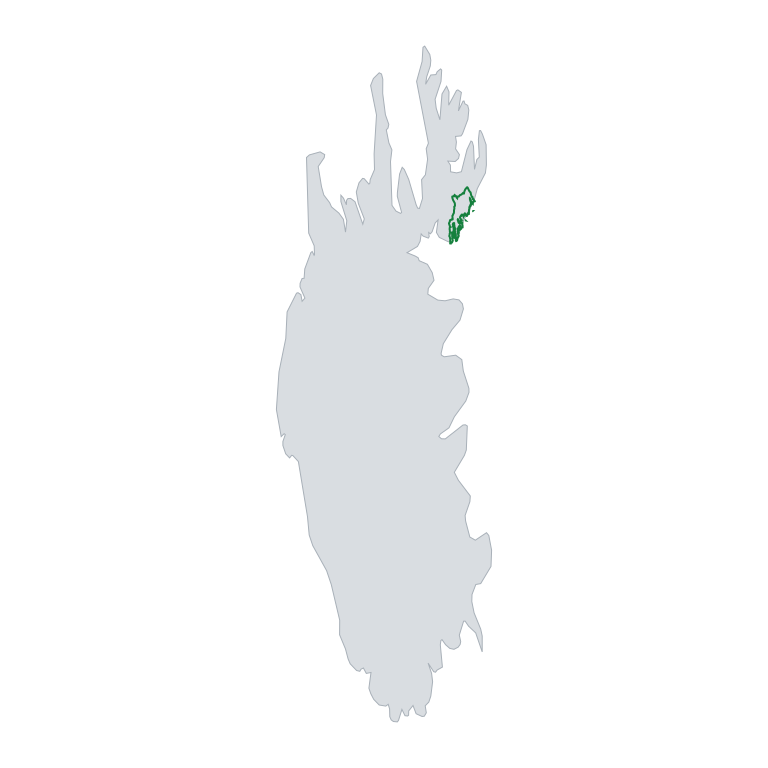 location of Árneshreppur, Vestfirðir, Iceland, rotated 90°
{"feature_id": "244011B92022671609099", "entity_name": "Árneshreppur", "entity_type": "district", "adm_level": 2, "iso_a3": "ISL", "parent_name": "Iceland", "parent_adm1": "Vestfirðir", "projection": "equal_earth", "projection_center": [-21.632, 66.077], "detail": "fine", "context": "in_parent", "style": "outline", "palette": "green", "viewbox_px": 768, "rotation_deg": 90, "n_neighbors": 0, "source": "geoboundaries", "source_scale": "gbopen_adm2", "svg_char_len": 9179}
<svg xmlns="http://www.w3.org/2000/svg" viewBox="0 0 768 768"><g transform="rotate(90 384 384)"><path d="M594.5,296.0L601.6,296.2L612.9,293.9L629.1,287.3L636.0,285.8L651.9,285.8L632.9,292.3L626.2,299.4L621.1,302.9L621.2,304.4L635.1,308.7L641.6,307.3L644.5,307.9L647.2,309.9L649.3,314.0L648.4,318.2L644.7,322.4L639.6,326.0L640.5,327.1L644.8,327.7L667.1,325.6L670.0,330.8L672.2,332.5L671.7,334.3L663.1,339.9L673.4,336.4L681.7,335.4L696.1,337.2L702.1,339.2L705.8,342.8L712.8,341.7L716.2,343.7L716.5,345.9L713.7,351.9L705.5,355.0L710.9,359.3L715.2,359.4L716.0,360.4L715.7,363.0L709.4,366.1L720.4,369.5L721.9,370.7L721.5,374.6L719.9,376.8L716.7,378.2L708.9,378.4L704.3,379.8L706.1,382.2L705.0,388.8L699.3,394.3L693.7,397.2L688.2,399.1L672.5,397.0L673.4,401.7L668.0,404.6L669.2,407.0L671.3,408.2L670.5,411.4L663.8,417.8L658.9,419.9L649.0,422.5L634.8,428.4L620.2,428.3L584.6,436.7L570.6,441.4L545.7,455.2L535.0,458.8L516.7,460.5L461.6,469.6L455.6,475.1L455.3,476.3L457.9,478.4L453.8,482.3L445.5,485.1L441.5,485.1L434.6,482.7L433.7,483.9L436.6,486.8L409.5,491.6L371.8,489.0L338.4,482.2L311.9,480.9L293.2,471.5L292.7,470.0L294.6,467.1L301.3,465.9L298.1,463.1L286.9,468.0L283.3,467.9L278.5,465.9L278.3,463.9L268.9,463.2L252.7,457.2L251.5,455.8L255.3,453.9L254.6,453.5L245.8,453.8L233.1,459.3L157.5,461.5L154.9,458.6L151.9,447.9L154.6,443.3L157.7,443.8L166.5,449.8L186.7,446.5L195.0,444.2L202.6,438.4L206.9,436.5L213.1,429.1L219.3,424.6L232.1,422.5L220.7,421.2L201.6,427.1L195.2,427.1L198.2,424.5L204.8,421.6L200.3,421.4L198.6,420.1L198.4,417.4L201.7,413.0L224.2,405.2L218.9,403.7L203.3,409.7L192.0,411.7L182.8,409.0L178.4,405.4L178.7,403.8L184.1,399.1L183.3,398.2L179.6,397.8L169.6,393.5L153.9,393.9L115.0,391.5L85.5,397.4L78.5,394.6L72.8,388.8L74.0,386.5L79.2,385.2L93.5,385.3L114.7,382.6L124.4,379.2L128.1,380.0L129.9,381.7L142.9,379.1L149.9,376.1L161.5,377.5L205.4,376.0L211.1,372.0L213.4,367.4L212.4,366.4L196.3,370.7L192.6,370.6L174.0,368.4L167.3,365.8L169.5,363.7L179.4,359.3L204.6,351.9L208.1,350.4L208.5,348.6L198.5,345.5L179.6,346.4L174.8,342.6L159.2,340.4L148.7,341.8L143.2,339.6L81.4,351.4L61.5,345.9L47.3,345.0L46.1,343.3L54.5,338.2L60.2,337.2L65.9,337.7L76.8,341.3L84.3,342.4L75.0,337.2L74.6,332.1L71.7,330.8L68.9,327.4L70.1,326.3L81.4,327.0L99.3,332.9L108.2,331.8L119.8,328.1L94.0,326.0L86.2,321.4L91.9,319.0L105.2,319.3L90.5,311.5L89.9,310.1L92.4,306.6L110.9,309.6L101.2,305.0L101.0,304.0L103.8,303.1L105.4,300.3L110.0,299.2L119.3,300.1L133.8,305.5L135.9,307.0L136.4,312.5L142.1,311.6L148.9,312.4L154.6,308.6L158.5,309.5L161.5,312.8L161.1,320.2L165.1,317.6L171.8,317.4L172.9,311.4L171.7,306.6L149.6,301.0L141.0,297.0L141.9,295.7L146.3,294.5L169.4,293.5L159.5,291.1L157.1,288.7L139.6,289.6L130.7,288.6L130.6,287.4L134.1,285.6L144.7,281.9L164.9,281.6L173.0,282.6L188.6,290.7L201.1,294.1L222.0,305.3L235.4,309.5L236.0,310.6L233.8,311.9L228.7,313.4L236.6,315.4L241.4,318.3L241.8,319.6L237.4,328.7L232.4,331.6L219.9,329.9L222.9,332.8L231.8,335.9L233.8,337.6L232.5,339.3L236.7,338.8L238.1,339.7L236.1,344.9L233.9,346.8L241.3,347.9L246.4,350.5L252.7,361.0L256.0,352.9L257.7,349.9L260.7,348.8L264.3,340.6L272.6,335.8L280.3,334.0L288.4,339.7L294.2,340.2L300.1,330.2L300.8,322.9L298.9,314.8L299.9,309.0L303.8,305.6L308.9,304.6L320.1,308.0L329.6,316.0L343.7,324.7L353.4,326.9L355.2,326.6L356.8,323.8L355.2,312.3L359.6,306.2L371.0,304.7L388.3,299.1L392.3,299.0L401.0,302.2L416.7,313.6L427.8,319.0L433.9,327.6L436.5,329.2L438.8,326.5L438.9,322.7L425.0,305.0L424.8,302.6L426.0,300.7L450.0,301.7L455.4,303.6L472.3,313.7L480.3,309.6L496.0,297.7L501.6,298.1L515.5,302.9L521.0,302.4L537.0,298.2L540.2,292.7L532.7,281.5L535.5,279.2L550.3,276.4L566.4,277.0L583.6,287.3L584.5,292.2L594.5,296.0Z" fill="#d9dde1" stroke="#a8b0b8" stroke-width="1"/><path d="M187.7,300.3L187.5,300.5L187.4,300.7L187.3,300.8L187.4,301.1L187.8,301.5L188.4,301.8L188.9,302.4L189.5,302.8L191.4,303.6L192.6,303.9L193.5,304.0L193.6,304.3L193.1,305.1L194.5,306.5L194.6,306.8L194.9,307.4L194.9,307.7L195.1,308.1L195.7,308.5L196.5,309.2L196.4,309.6L196.6,310.2L197.4,310.7L198.2,310.8L197.7,311.3L196.3,311.7L196.4,312.1L196.2,312.7L195.2,313.1L195.0,313.4L195.2,313.5L196.0,313.8L196.3,314.0L196.2,314.4L196.1,314.6L196.4,315.1L196.6,315.7L197.5,315.7L198.7,315.4L200.1,314.9L201.9,313.9L203.2,313.2L204.2,313.1L205.3,313.0L206.1,313.2L206.4,313.4L206.6,313.7L206.9,313.8L207.5,313.7L208.5,313.6L210.2,314.0L211.7,314.0L212.8,314.1L213.4,314.3L214.1,314.8L214.9,315.0L215.6,315.5L215.8,315.6L217.4,315.5L219.1,315.3L219.4,315.4L219.5,315.6L219.6,316.4L219.5,316.6L220.1,317.2L220.0,317.7L220.1,317.9L220.7,318.1L221.7,318.2L222.1,318.4L222.2,318.5L222.3,318.6L222.8,318.8L223.0,318.9L223.4,319.0L223.7,319.0L224.6,318.6L225.9,318.3L226.9,317.4L227.0,317.4L227.0,317.8L227.2,318.0L227.3,318.1L227.8,318.3L229.3,318.4L229.6,318.3L229.9,318.2L231.2,318.2L231.7,318.1L232.2,317.8L232.5,317.9L232.9,317.9L233.3,318.3L234.3,318.3L235.9,318.7L236.2,318.7L237.0,318.2L238.5,317.9L238.7,317.7L240.4,317.8L241.5,317.7L241.6,317.8L243.3,317.8L243.3,317.6L243.4,317.4L242.8,317.3L242.7,316.9L242.8,316.6L242.8,316.4L242.4,316.0L242.0,315.8L241.7,315.6L241.4,315.5L241.1,315.5L240.9,315.3L240.6,315.2L239.7,315.4L238.8,315.5L237.8,315.6L237.4,315.6L236.7,315.8L234.6,315.8L232.8,316.0L232.4,315.8L232.5,315.6L233.3,315.3L233.9,315.2L235.8,315.0L236.3,314.8L237.4,314.4L237.7,314.0L236.8,313.8L236.4,313.7L236.1,313.7L235.6,313.7L234.7,313.7L234.0,313.9L233.8,313.8L233.3,314.1L233.0,314.0L232.8,314.1L232.7,314.1L231.4,314.5L229.1,314.3L228.4,314.4L228.0,314.5L227.1,314.7L226.4,315.0L225.5,314.8L225.2,314.9L224.8,315.2L224.4,315.2L223.7,315.0L223.7,314.9L224.0,314.8L224.0,314.5L223.6,314.4L223.1,314.3L223.0,314.0L223.2,313.8L224.6,313.8L225.3,313.6L226.2,313.6L227.4,313.3L227.8,313.1L228.7,313.0L229.0,312.9L229.4,313.1L229.8,313.0L230.7,313.2L231.2,313.1L231.5,313.0L231.7,312.8L232.9,312.7L233.7,312.4L234.3,312.3L234.5,312.4L235.1,312.2L236.3,312.1L236.9,312.2L237.1,312.1L237.8,312.0L238.5,312.1L239.3,312.0L239.5,312.1L239.8,312.0L240.1,312.0L240.4,312.2L240.8,312.1L241.1,311.9L241.0,311.6L240.8,311.4L240.7,311.2L240.4,311.0L240.3,310.9L239.6,310.8L238.7,310.5L238.3,310.5L238.0,310.3L237.6,310.2L237.0,310.0L237.0,309.8L236.5,309.6L236.4,309.4L235.8,309.3L235.6,309.5L235.3,309.4L235.0,309.5L234.8,309.5L234.2,309.9L233.8,309.7L233.6,310.0L233.2,309.9L233.3,309.8L233.2,309.8L232.8,309.8L232.7,310.0L232.2,309.9L231.6,310.3L231.4,310.3L230.7,310.2L229.9,310.4L229.6,310.4L229.4,310.3L228.7,310.4L228.6,310.0L228.6,309.9L228.0,309.8L227.8,309.6L227.0,309.4L226.7,309.2L227.1,308.9L227.0,308.6L225.5,308.1L225.7,307.9L226.1,307.7L227.0,307.9L226.9,308.0L227.2,307.9L229.0,308.2L229.6,308.2L229.8,308.1L229.5,307.8L229.4,307.6L228.7,307.1L228.6,306.9L228.3,306.9L228.4,306.7L228.1,306.6L227.8,306.2L227.3,306.0L227.3,305.9L227.2,305.7L227.2,305.4L225.9,305.4L225.1,305.5L224.8,305.7L224.2,305.7L223.8,305.7L223.3,305.6L223.1,305.7L222.6,305.6L222.6,305.8L222.3,306.0L222.1,306.6L222.5,306.9L223.3,307.3L223.5,308.1L223.4,308.2L223.4,308.3L223.2,308.8L222.6,309.4L222.1,309.6L221.7,309.6L221.5,309.8L220.9,309.9L220.0,310.3L219.6,310.3L219.2,310.1L219.3,309.9L220.6,309.3L221.3,308.9L221.8,308.1L221.7,307.9L221.0,307.3L220.2,306.9L219.9,306.9L219.9,306.7L219.7,306.9L219.4,306.9L218.6,307.6L217.7,308.0L217.2,307.9L216.8,307.8L216.4,307.5L216.1,307.4L215.9,307.2L215.6,307.0L215.7,306.8L215.5,306.7L215.9,306.5L215.9,306.3L215.8,306.1L215.4,305.8L215.2,305.8L215.0,305.6L214.7,305.5L214.7,305.3L214.9,305.2L215.1,305.2L215.4,304.8L215.2,304.7L215.3,304.5L215.5,304.5L215.6,304.4L215.8,304.4L215.9,304.2L216.2,304.2L215.5,303.8L215.2,303.8L215.2,303.7L214.3,303.6L214.2,303.4L214.0,303.5L213.6,303.4L213.4,303.2L213.5,302.9L213.9,302.8L214.2,302.9L214.3,302.7L215.0,302.7L214.8,302.4L215.3,302.0L215.7,301.5L215.9,301.4L216.0,301.2L215.8,300.9L215.4,300.7L214.1,300.6L213.4,300.3L213.5,299.8L213.9,299.5L214.9,299.2L213.5,299.2L213.3,299.1L213.2,299.0L212.5,299.1L212.3,299.1L212.2,299.0L211.8,299.0L211.5,299.1L210.2,299.0L210.2,298.9L209.9,298.9L209.6,298.8L209.3,298.8L209.2,298.7L208.4,298.6L207.9,298.7L207.5,298.5L207.4,298.6L207.0,298.6L206.4,298.3L206.3,298.1L206.0,298.0L206.0,297.8L205.9,297.8L205.8,297.7L205.7,297.8L205.2,297.7L204.8,297.6L204.6,297.4L204.6,297.2L204.4,297.1L204.0,297.2L203.5,297.0L203.0,297.1L202.8,297.0L201.9,297.3L201.1,297.6L200.6,297.6L200.4,297.8L200.1,297.8L199.9,297.9L199.5,297.9L199.3,297.9L199.4,298.0L199.1,298.1L198.6,298.1L198.9,297.8L199.2,297.7L199.6,297.5L200.5,297.2L201.5,296.8L203.3,296.3L203.1,296.2L203.1,295.9L203.4,295.8L203.4,295.7L203.5,295.5L203.6,295.4L203.8,295.2L202.7,295.1L201.5,294.7L201.4,294.4L201.5,294.2L201.4,293.7L201.5,293.7L201.4,293.7L201.4,293.3L201.3,293.2L200.7,293.6L200.4,293.9L199.1,294.6L199.0,295.2L198.1,295.3L196.9,295.6L196.7,296.2L195.5,296.7L194.2,297.1L193.3,297.2L192.6,297.4L192.6,297.5L191.6,298.2L190.9,298.8L189.7,299.4L187.7,300.3ZM230.7,309.7L230.3,309.8L230.2,309.8L230.4,310.0L230.7,309.9L230.8,309.9L230.6,309.8L230.7,309.7ZM220.2,303.0L220.3,302.6L220.2,302.7L220.2,303.0ZM211.0,295.5L211.1,295.3L211.0,295.2L211.0,295.4L211.0,295.5ZM219.1,303.3L219.1,303.0L219.1,303.3Z" fill="none" stroke="#15803d" stroke-width="2"/></g></svg>